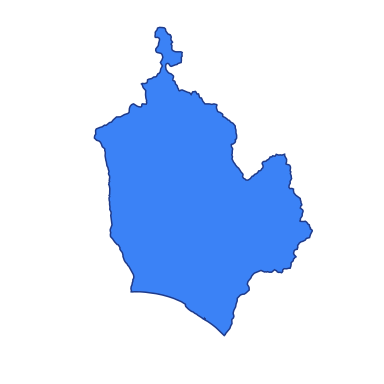 Chincha, Ica, Peru, rotated 306°
{"feature_id": "86281439B74998142298356", "entity_name": "Chincha", "entity_type": "district", "adm_level": 2, "iso_a3": "PER", "parent_name": "Peru", "parent_adm1": "Ica", "projection": "mercator", "projection_center": [-75.886, -13.298], "detail": "fine", "context": "isolated", "style": "filled", "palette": "blue", "viewbox_px": 384, "rotation_deg": 306, "n_neighbors": 0, "source": "geoboundaries", "source_scale": "gbopen_adm2", "svg_char_len": 6003}
<svg xmlns="http://www.w3.org/2000/svg" viewBox="0 0 384 384"><g transform="rotate(306 192 192)"><path d="M75.5,201.4L75.8,202.1L77.5,204.1L80.9,208.9L83.5,213.1L88.7,222.8L91.3,228.6L93.5,234.5L95.1,239.5L97.0,247.8L97.3,252.7L96.2,253.5L95.7,254.3L95.1,258.1L95.1,261.7L95.6,263.3L95.5,265.5L95.9,267.9L95.7,268.8L96.0,273.4L95.9,276.1L96.3,276.5L96.5,276.2L97.0,276.2L96.7,276.6L97.1,276.6L97.2,277.2L96.5,277.6L96.3,276.9L96.1,277.6L96.5,280.8L96.6,286.0L96.4,290.9L94.8,302.4L95.5,302.4L96.2,302.8L96.9,302.4L103.9,302.8L106.5,302.0L109.0,301.7L112.0,299.3L112.6,299.2L114.5,299.5L116.0,299.0L116.9,298.1L117.6,297.0L118.6,296.3L120.9,295.4L124.7,294.8L127.3,293.5L130.4,292.6L132.6,291.1L137.1,291.7L138.9,292.9L140.1,294.3L141.9,295.0L146.3,295.9L148.2,294.4L148.8,293.5L149.7,291.2L150.6,290.6L152.6,289.9L156.9,290.2L159.1,289.7L161.9,289.9L163.1,290.2L169.1,293.9L169.9,297.7L170.6,298.3L171.2,299.5L172.0,299.9L172.5,301.6L174.0,303.6L177.7,304.5L177.7,305.7L178.0,306.6L177.5,307.9L177.8,309.2L178.9,310.6L179.3,311.9L180.1,312.1L181.3,312.0L182.0,311.3L182.5,311.2L184.1,311.6L185.5,313.7L187.2,315.1L188.0,316.2L190.3,315.5L192.1,314.5L192.5,314.0L193.3,313.8L195.7,314.3L197.6,313.5L198.4,313.8L199.6,313.7L200.6,314.3L200.8,314.2L201.3,311.4L201.7,311.0L201.8,310.6L202.2,310.1L204.6,309.2L206.1,309.5L207.5,310.8L208.5,310.2L209.0,310.4L211.0,308.8L212.2,309.0L213.7,308.8L215.8,309.5L217.3,310.7L219.7,311.9L221.2,311.8L221.9,312.0L224.2,313.9L227.3,312.8L231.2,312.2L231.6,311.8L231.9,310.8L231.7,309.4L232.6,308.9L233.1,307.5L234.4,306.2L234.2,304.6L234.6,303.9L235.0,302.2L234.9,300.7L234.1,300.1L232.6,298.0L231.9,296.8L232.0,296.3L232.9,296.2L234.3,295.3L237.2,295.2L238.3,294.7L238.8,294.1L241.5,293.3L242.0,293.0L242.6,291.9L242.6,289.1L244.9,288.2L245.9,288.5L246.6,288.0L247.2,286.7L248.5,285.6L249.0,284.7L250.4,283.3L250.4,277.8L251.2,274.9L252.9,273.1L254.0,272.4L253.6,270.7L252.3,269.2L252.8,267.6L254.6,266.6L256.9,266.3L258.2,265.1L261.4,264.7L262.3,263.6L263.3,262.9L264.7,260.7L266.4,260.1L266.8,258.9L269.5,257.5L270.4,256.6L271.0,255.4L270.9,254.3L269.9,251.8L270.5,251.2L271.9,250.8L274.1,249.3L275.6,246.0L277.0,244.7L274.7,243.1L274.0,241.7L272.8,240.4L272.0,238.0L270.3,238.2L269.7,238.0L268.7,236.0L267.3,235.9L266.3,234.6L264.5,234.9L262.6,234.4L262.2,234.0L260.4,233.7L258.5,231.8L256.9,231.7L256.1,232.1L255.3,233.7L254.2,234.7L252.9,235.1L252.0,234.8L250.5,235.0L249.1,234.5L248.2,233.5L246.3,233.8L244.6,233.3L243.0,232.3L240.9,232.2L240.2,231.4L237.2,231.3L235.9,230.9L234.4,230.2L233.4,228.5L233.7,227.5L233.4,225.7L234.0,224.0L236.0,223.1L236.5,222.4L237.1,219.6L237.4,219.1L238.7,215.7L238.8,213.7L239.4,211.4L240.0,210.2L240.6,208.1L242.3,204.9L244.4,204.0L245.4,202.3L246.5,202.1L249.1,200.3L250.6,199.7L251.2,199.0L251.7,197.4L253.5,195.9L253.9,196.0L254.8,196.9L257.3,197.7L258.9,197.2L259.5,196.3L261.0,196.6L261.9,196.4L264.2,194.7L265.6,192.9L268.0,191.1L269.2,189.4L270.8,188.2L271.7,184.8L271.3,182.0L271.9,180.2L271.4,178.7L271.7,177.4L271.7,174.7L271.2,172.6L271.4,172.2L272.5,171.6L273.0,170.7L272.9,167.9L272.3,166.3L272.3,165.3L274.3,162.4L275.8,161.4L277.0,161.1L277.2,160.6L276.2,158.0L274.8,156.8L274.2,156.0L273.7,154.6L270.9,150.7L271.8,147.4L273.6,144.4L273.0,143.4L273.0,142.5L275.1,139.8L275.1,139.3L274.5,138.9L274.3,138.2L275.2,136.6L275.3,135.4L274.3,134.8L273.7,133.8L273.3,133.7L270.3,134.0L270.8,132.7L270.8,131.3L270.2,130.2L268.8,124.1L268.0,123.2L266.6,122.6L266.4,121.7L267.4,120.4L268.0,119.0L269.3,117.5L269.7,115.2L271.3,113.3L271.5,112.6L271.1,111.5L271.2,110.8L272.0,110.2L274.3,109.4L275.0,108.7L275.3,105.7L274.7,103.7L274.7,102.5L275.8,99.1L278.0,96.9L279.9,95.9L280.8,96.1L281.8,96.7L282.1,97.7L281.2,100.2L281.3,101.1L281.7,101.6L285.0,103.7L286.0,104.6L286.5,105.0L287.6,105.1L290.4,107.1L292.2,106.1L294.8,104.1L296.0,104.2L298.0,102.5L299.1,102.1L298.9,100.6L296.3,97.1L295.6,95.8L295.2,93.9L295.3,92.3L296.3,91.2L298.8,89.6L299.2,88.3L300.1,88.0L301.8,88.2L302.6,85.7L304.0,84.6L305.1,84.2L305.8,83.3L306.4,81.9L306.0,81.4L306.1,80.6L305.7,80.1L305.7,79.7L306.9,76.1L308.2,74.8L308.4,74.3L308.5,73.1L307.8,71.7L306.2,69.1L304.6,67.9L304.2,67.8L302.8,68.4L299.9,68.3L299.4,68.5L298.2,69.5L296.4,70.4L295.6,71.3L295.7,71.8L296.9,73.3L297.1,74.8L296.7,75.8L295.4,76.6L292.6,77.6L290.7,78.7L286.5,78.6L285.1,79.5L284.3,81.0L284.5,82.1L285.9,85.3L285.8,86.2L285.6,87.0L283.9,89.2L281.4,90.0L278.2,90.3L276.6,93.9L273.2,94.4L270.6,95.6L268.9,95.7L267.5,94.9L264.7,95.3L263.9,95.0L262.5,93.4L260.1,92.7L258.0,90.8L256.7,90.1L254.9,91.1L253.7,91.3L251.8,89.9L250.6,87.9L249.7,87.6L249.6,88.5L248.0,90.7L247.6,91.6L246.9,94.9L243.3,97.3L240.9,99.5L239.3,101.6L238.6,101.8L237.5,103.0L236.1,103.3L234.1,100.0L233.3,100.0L231.7,100.9L230.9,100.7L230.4,100.2L229.6,98.6L229.2,97.0L229.0,93.2L228.8,92.7L227.1,91.8L225.2,91.6L224.1,91.8L222.7,92.3L219.5,94.3L217.9,94.0L214.9,91.8L210.8,90.0L208.3,86.8L204.1,85.9L201.2,85.8L199.6,84.4L195.6,83.4L194.6,81.9L191.9,81.0L190.2,79.6L186.9,77.6L186.4,77.5L185.0,77.9L182.1,80.2L180.8,80.1L179.7,80.5L178.3,81.3L178.2,81.8L177.8,84.4L178.6,86.8L178.5,88.4L177.7,90.2L175.9,92.8L175.7,96.0L174.1,97.2L173.5,98.2L172.5,99.0L170.1,100.5L166.7,104.0L166.2,104.8L163.2,107.8L162.4,109.6L160.9,111.2L160.0,112.7L157.8,113.6L157.1,114.4L156.6,115.8L154.9,117.2L153.9,117.5L153.4,118.0L152.6,118.3L152.0,119.2L150.8,119.3L149.7,120.1L149.1,120.2L148.5,121.4L146.4,123.5L141.6,126.8L140.4,127.0L140.2,127.8L139.8,128.2L138.9,128.2L138.1,128.6L136.3,130.2L135.7,131.1L133.5,132.6L131.6,134.5L129.6,135.7L128.2,138.3L126.8,139.4L125.4,139.9L118.4,146.6L113.6,147.9L112.4,148.8L111.4,150.1L109.4,151.1L108.0,152.4L107.4,155.4L106.2,158.7L105.5,162.2L105.9,163.1L105.3,165.0L104.5,166.6L103.5,167.1L102.9,168.3L102.0,171.3L100.4,173.2L99.2,174.1L96.8,177.6L95.9,179.9L95.8,181.3L94.9,183.3L94.7,184.7L90.7,193.2L89.1,194.9L87.6,195.6L86.5,195.6L84.9,196.7L83.6,197.0L81.9,197.9L79.5,198.5L77.8,199.5L76.3,201.2L75.5,201.4Z" fill="#3b82f6" stroke="#1e3a8a" stroke-width="1.5"/></g></svg>